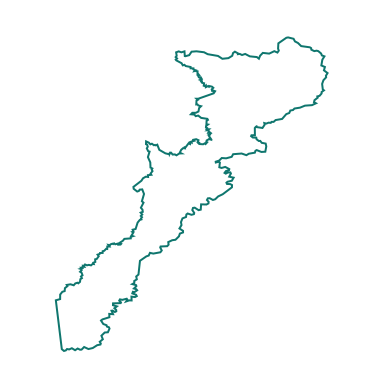 Rionegro, Santander, Colombia, rotated 262°
{"feature_id": "7082276B88836733063931", "entity_name": "Rionegro", "entity_type": "district", "adm_level": 2, "iso_a3": "COL", "parent_name": "Colombia", "parent_adm1": "Santander", "projection": "equal_earth", "projection_center": [-73.314, 7.479], "detail": "fine", "context": "isolated", "style": "outline", "palette": "teal", "viewbox_px": 384, "rotation_deg": 262, "n_neighbors": 0, "source": "geoboundaries", "source_scale": "gbopen_adm2", "svg_char_len": 6023}
<svg xmlns="http://www.w3.org/2000/svg" viewBox="0 0 384 384"><g transform="rotate(262 192 192)"><path d="M54.5,41.2L52.4,43.1L52.7,45.0L53.9,46.4L53.2,48.4L54.0,51.3L51.6,54.2L52.9,57.0L51.4,59.2L51.3,60.7L53.5,63.6L50.9,67.6L51.3,72.0L53.5,76.8L53.7,80.1L54.7,80.6L56.5,79.8L58.6,83.2L62.3,82.3L65.0,86.0L64.8,89.2L68.2,91.3L69.6,90.9L70.6,89.0L72.0,88.8L73.6,85.8L77.4,84.0L78.3,85.6L79.5,92.8L82.8,93.1L82.0,96.8L85.6,95.8L85.6,96.9L83.9,98.9L84.4,100.4L85.8,100.5L87.7,99.0L89.2,101.7L90.9,98.0L92.7,98.3L91.9,105.9L92.6,106.3L94.5,104.8L95.7,105.7L94.9,108.0L95.4,112.5L94.4,113.0L92.8,111.6L93.4,114.8L93.0,117.1L96.8,117.5L95.9,120.9L96.6,122.8L98.0,122.3L99.9,118.8L101.4,119.6L100.8,120.9L102.3,124.0L103.5,123.3L104.5,121.1L106.5,123.8L107.5,123.7L109.1,120.1L109.9,122.2L111.9,122.4L113.2,125.2L116.1,125.0L117.7,127.5L131.1,130.9L134.6,137.8L135.1,140.3L137.6,141.9L136.4,145.1L136.7,152.3L138.3,153.9L141.5,152.8L142.4,153.3L141.8,159.9L143.1,161.5L145.7,161.5L147.0,165.7L147.0,169.0L149.9,172.9L152.5,174.2L153.2,177.5L154.8,177.7L157.6,174.5L160.7,177.0L163.7,176.9L167.2,178.9L168.1,182.6L170.5,183.3L171.3,184.7L169.5,188.3L169.8,190.8L171.0,191.3L174.1,189.8L176.1,190.8L176.1,192.5L173.1,196.0L173.3,198.2L178.5,199.3L177.6,204.6L178.4,206.7L179.9,207.1L182.0,205.7L183.5,206.8L183.4,208.7L181.2,211.6L181.6,214.0L184.0,217.3L185.5,222.1L191.1,232.2L193.3,232.6L194.5,231.0L195.1,227.8L196.4,227.4L197.2,228.6L197.6,233.0L200.4,235.2L202.0,231.0L204.9,233.1L206.1,232.7L206.3,230.2L205.5,228.0L206.4,226.9L208.0,228.5L208.5,231.7L209.5,232.1L212.2,228.4L211.7,224.6L212.7,222.5L217.3,223.7L218.2,222.5L217.9,219.7L218.7,219.7L219.3,223.2L221.5,226.2L220.6,230.5L221.3,236.2L223.7,238.0L223.2,246.5L220.9,251.0L222.0,253.6L222.2,259.7L224.0,260.6L224.5,261.9L222.0,266.3L221.7,270.2L226.8,271.9L229.7,271.7L231.0,267.9L233.1,266.7L233.2,265.3L235.2,263.3L236.9,263.2L237.5,259.8L239.1,258.3L239.9,258.8L239.5,262.2L246.6,263.1L247.7,264.3L248.0,265.1L247.2,265.3L245.6,270.7L248.5,273.3L250.2,273.2L249.4,275.1L250.0,277.5L249.5,279.6L250.4,280.5L250.1,282.6L251.6,284.8L251.8,291.4L256.0,296.2L256.7,299.3L259.0,300.7L259.1,303.4L260.4,305.1L260.5,310.7L261.8,315.9L261.3,322.9L262.6,327.1L263.9,325.3L265.9,326.1L267.9,329.6L269.2,329.4L269.5,331.7L271.5,334.0L273.0,334.3L274.3,336.8L275.4,335.8L280.9,335.9L284.4,337.7L286.9,340.8L288.5,340.8L290.9,342.8L294.1,339.6L297.3,341.0L299.3,337.7L304.9,339.5L307.9,342.0L309.2,339.6L311.2,339.1L313.9,336.7L314.6,335.1L314.5,332.7L316.3,330.0L317.9,330.0L318.9,328.8L321.3,320.4L324.8,317.7L326.8,314.9L329.6,313.9L331.7,308.7L331.6,306.9L327.2,298.2L322.0,297.2L319.9,297.6L318.2,296.0L320.0,293.1L318.3,287.7L319.9,281.5L317.5,278.4L314.7,276.8L316.6,275.0L318.3,268.1L321.3,263.9L320.7,260.6L322.1,258.5L322.1,256.7L322.8,256.9L325.0,254.0L323.9,252.0L321.3,250.8L319.5,246.7L319.7,240.6L323.1,236.7L326.3,226.7L328.7,223.4L330.7,216.0L331.0,211.1L327.9,208.3L327.4,204.4L327.6,203.8L332.3,204.1L331.8,200.9L333.1,198.4L332.5,195.7L329.0,195.8L327.9,194.6L326.3,195.8L325.3,194.3L324.5,194.8L321.0,199.6L318.7,200.5L319.0,202.2L317.6,203.3L316.0,208.0L314.7,207.8L314.2,210.6L313.3,210.4L312.3,212.0L311.4,211.2L311.6,213.2L311.0,213.2L310.7,214.3L307.8,213.8L308.0,214.6L306.5,215.5L306.1,214.3L304.7,214.7L304.0,215.6L304.4,216.6L302.5,217.4L301.9,215.7L301.1,217.1L300.2,217.2L300.0,216.5L298.7,217.2L298.0,219.1L295.6,218.4L295.1,219.5L295.6,220.5L293.9,220.3L294.7,222.8L293.8,223.5L294.4,224.2L293.5,226.5L292.2,227.6L290.9,225.8L289.4,226.0L289.5,227.0L288.2,227.3L288.9,228.4L288.6,228.9L286.7,227.2L283.5,211.2L283.7,209.6L282.5,210.7L281.9,209.2L278.1,208.4L278.0,209.6L276.8,210.3L275.7,212.9L274.1,210.7L270.8,209.6L269.9,206.8L270.4,203.4L269.1,201.8L268.3,205.2L266.6,206.2L266.8,208.8L264.1,211.4L262.3,217.4L261.2,217.8L260.6,216.4L257.1,215.7L256.6,217.2L255.4,215.1L254.0,214.8L253.3,215.8L252.3,215.2L251.8,217.4L251.0,215.9L250.9,216.9L249.7,217.2L248.5,216.4L248.6,218.0L247.6,218.9L246.4,216.7L246.1,217.5L245.1,216.6L242.0,218.1L242.1,217.3L241.4,217.6L242.0,216.2L241.0,213.7L239.6,213.1L239.1,213.9L237.6,212.1L238.4,211.4L237.7,209.7L238.5,205.9L239.9,204.8L240.1,205.5L240.8,204.7L242.4,205.6L243.7,203.5L243.5,200.3L242.7,199.9L242.3,200.6L242.0,198.5L241.1,198.5L241.8,197.6L241.4,195.8L241.0,197.3L239.7,196.8L240.7,195.4L237.3,192.0L237.4,191.1L236.2,191.1L236.7,189.4L235.3,187.2L232.7,185.4L231.7,186.8L231.9,184.8L230.5,181.7L231.6,180.3L231.8,178.0L233.8,176.8L233.7,175.8L232.7,175.1L233.4,175.1L232.7,174.3L234.0,171.0L238.3,165.5L243.7,164.2L243.2,162.7L243.8,161.9L243.6,160.8L245.4,159.0L245.0,157.4L246.9,156.1L248.5,153.6L245.8,153.1L245.1,154.2L243.0,154.5L241.5,153.3L238.5,154.3L237.9,155.6L232.7,153.2L227.1,154.8L222.0,154.3L220.8,156.0L219.8,155.2L218.2,155.8L216.0,153.5L214.7,154.1L214.8,150.7L213.0,150.6L213.6,148.4L212.4,145.4L210.2,143.5L205.2,134.7L203.3,134.7L200.1,137.8L200.4,139.5L201.6,140.5L201.5,143.1L196.7,144.2L189.8,141.1L188.2,142.5L183.5,139.2L181.4,140.5L179.2,140.5L178.7,138.3L176.6,139.6L175.4,138.0L174.0,139.0L172.9,137.8L171.9,138.1L171.6,136.4L169.3,133.9L163.2,131.0L162.9,128.0L161.1,128.5L160.8,127.3L159.9,128.2L157.3,126.0L156.5,127.4L156.1,125.1L154.6,124.9L155.0,118.5L153.3,116.7L151.6,112.9L150.5,114.6L149.9,113.9L150.1,111.4L151.2,110.9L150.9,108.7L152.0,107.7L151.4,106.7L151.9,106.0L151.5,104.1L150.7,103.3L151.2,101.9L149.5,102.7L149.8,100.5L147.4,100.1L147.7,99.1L146.0,96.9L145.8,95.3L144.1,95.0L144.4,92.4L143.5,91.9L143.1,89.8L141.4,90.7L139.0,88.4L138.8,86.7L136.2,86.5L135.7,84.4L134.3,84.7L134.6,83.6L133.4,81.8L134.2,79.7L134.0,77.8L135.1,76.0L134.1,75.2L134.2,74.2L132.9,74.9L133.2,73.2L132.3,73.0L132.4,72.0L131.7,72.6L131.4,70.9L130.9,71.9L130.0,71.4L130.3,72.4L128.6,70.1L127.5,71.4L124.8,72.0L123.8,70.3L122.0,71.0L121.2,69.3L118.6,68.6L117.4,66.7L118.1,65.9L117.7,63.7L116.1,61.9L117.5,58.9L117.4,55.0L116.1,55.5L114.5,52.8L111.6,52.1L111.2,49.7L108.8,47.2L104.3,46.5L103.7,42.1L54.5,41.2Z" fill="none" stroke="#0f766e" stroke-width="2"/></g></svg>